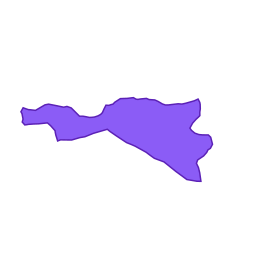 outline of Oke Ero, Kwara, Nigeria, rotated 44°
{"feature_id": "59680162B41605859942250", "entity_name": "Oke Ero", "entity_type": "district", "adm_level": 2, "iso_a3": "NGA", "parent_name": "Nigeria", "parent_adm1": "Kwara", "projection": "mercator", "projection_center": [5.236, 8.179], "detail": "fine", "context": "isolated", "style": "filled", "palette": "violet", "viewbox_px": 256, "rotation_deg": 44, "n_neighbors": 0, "source": "geoboundaries", "source_scale": "gbopen_adm2", "svg_char_len": 1443}
<svg xmlns="http://www.w3.org/2000/svg" viewBox="0 0 256 256"><g transform="rotate(44 128 128)"><path d="M39.7,190.7L41.4,191.2L41.6,191.2L46.3,194.5L47.8,197.2L49.3,197.3L51.6,197.5L52.9,195.9L53.8,194.6L57.3,190.7L60.5,187.4L60.7,187.2L64.8,182.3L66.5,180.3L68.1,180.2L70.9,180.1L77.4,180.6L78.5,181.5L78.9,181.8L81.1,183.3L83.9,184.8L86.4,186.2L87.7,183.4L95.8,175.8L100.0,168.4L103.1,164.2L106.8,155.9L114.0,143.3L117.5,143.0L124.8,141.8L137.1,139.5L142.0,137.5L145.8,136.1L157.7,132.9L162.5,132.3L168.0,131.5L177.4,127.4L192.7,126.0L206.1,124.2L214.6,118.4L217.5,115.7L210.7,110.4L206.6,107.8L206.1,107.5L201.8,105.9L200.3,102.6L201.8,95.6L201.6,90.9L200.7,88.2L201.4,85.4L200.1,81.0L193.9,77.2L190.6,77.2L186.4,81.2L183.5,83.5L179.6,85.3L175.3,85.6L172.6,85.1L171.1,79.6L170.9,74.5L171.1,71.2L171.1,69.2L168.6,66.7L166.7,64.0L163.4,60.8L161.8,59.7L158.3,58.5L156.8,62.4L152.5,69.8L150.2,73.3L147.3,75.7L143.1,80.8L141.1,83.3L139.0,85.4L136.1,86.8L131.1,88.0L127.8,89.2L123.4,92.9L120.7,93.9L116.6,98.7L115.3,100.5L113.7,101.7L110.8,102.4L106.9,107.2L103.7,110.5L102.1,112.2L100.6,118.6L100.6,121.3L99.6,122.9L98.5,125.0L96.3,126.9L97.5,130.9L98.9,134.7L98.9,137.2L98.0,140.1L96.2,143.5L94.6,145.4L92.9,147.2L89.3,149.5L87.3,150.9L84.9,153.2L73.2,153.0L69.1,154.9L67.3,157.7L61.1,161.6L54.3,166.0L52.2,169.0L49.2,179.6L45.0,182.8L43.7,183.9L42.1,184.7L38.5,186.3L39.7,190.7Z" fill="#8b5cf6" stroke="#5b21b6" stroke-width="1.5"/></g></svg>